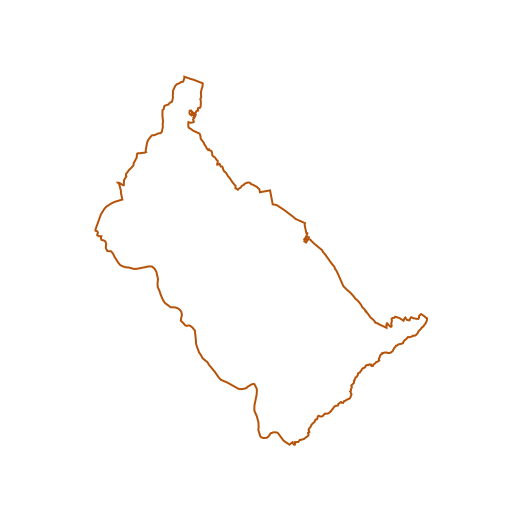 the district of Parscov, Buzau, Romania, rotated 74°
{"feature_id": "2599482B35327371423245", "entity_name": "Parscov", "entity_type": "district", "adm_level": 2, "iso_a3": "ROU", "parent_name": "Romania", "parent_adm1": "Buzau", "projection": "robinson", "projection_center": [26.534, 45.302], "detail": "fine", "context": "isolated", "style": "outline", "palette": "amber", "viewbox_px": 512, "rotation_deg": 74, "n_neighbors": 0, "source": "geoboundaries", "source_scale": "gbopen_adm2", "svg_char_len": 6126}
<svg xmlns="http://www.w3.org/2000/svg" viewBox="0 0 512 512"><g transform="rotate(74 256 256)"><path d="M446.6,275.8L445.1,272.4L447.5,271.7L448.1,270.8L447.1,270.0L445.6,270.0L446.4,266.7L446.0,265.9L444.9,264.7L445.2,263.2L445.0,261.8L445.2,260.6L443.7,256.7L443.0,255.3L442.3,254.7L440.6,254.9L440.2,254.6L440.1,253.3L438.9,253.2L438.1,253.5L436.9,253.0L435.2,250.6L433.4,249.0L432.2,246.8L431.6,245.3L430.8,245.0L429.6,243.7L429.8,242.6L429.6,242.1L427.4,240.9L426.8,239.8L427.9,238.6L428.4,237.1L428.0,235.4L427.0,234.3L426.5,232.9L427.0,232.2L427.2,230.1L426.6,228.0L425.9,227.4L425.9,226.8L424.2,224.7L423.8,223.8L422.8,223.0L422.0,221.1L422.3,218.4L420.8,217.5L420.3,215.6L419.8,214.9L419.9,214.4L420.5,214.2L421.2,212.7L419.7,211.2L419.8,209.8L419.4,209.2L418.9,206.6L418.8,205.0L415.7,202.5L414.9,202.3L413.9,202.7L413.0,202.4L412.1,202.8L411.5,201.8L410.2,201.5L409.4,200.6L408.1,199.9L407.2,200.2L406.7,200.0L404.9,196.8L403.9,196.4L402.9,196.3L402.2,195.2L400.2,193.8L399.9,192.7L398.8,191.1L397.4,190.5L396.7,189.8L396.6,188.2L395.5,187.2L395.2,186.4L394.0,185.4L393.4,184.3L393.5,183.5L393.2,183.1L393.1,181.7L391.9,181.0L391.3,179.6L391.8,178.5L391.4,176.6L392.1,176.1L392.2,175.2L393.4,175.3L393.7,175.1L393.9,174.0L392.7,172.8L391.7,170.5L391.1,169.7L391.1,168.5L390.4,166.3L388.5,166.2L387.8,165.2L386.7,164.7L385.3,163.6L384.9,161.9L384.3,161.8L384.4,161.3L384.1,160.7L384.4,160.3L384.2,159.1L384.6,158.2L384.7,157.1L385.6,156.0L385.5,155.7L385.9,154.9L385.9,154.3L386.1,153.5L385.9,152.7L385.0,150.8L382.5,148.5L382.0,147.3L380.8,146.3L380.9,144.8L380.4,144.1L380.2,142.9L380.5,140.6L380.3,138.7L379.4,138.2L378.1,136.7L377.1,134.1L375.9,132.5L375.8,132.1L376.4,131.0L376.3,127.7L375.8,127.0L376.4,125.2L376.1,124.2L374.7,121.8L373.0,120.4L371.9,118.2L370.1,115.7L369.9,114.5L368.6,113.2L367.8,111.9L365.5,109.8L363.1,108.7L362.2,109.6L359.6,111.3L357.3,113.4L358.2,115.3L358.6,115.8L359.8,116.1L361.2,117.2L360.6,119.1L359.3,121.7L357.6,123.7L359.1,125.6L360.1,126.1L360.1,126.6L359.0,128.5L356.3,129.5L356.9,130.4L358.9,132.0L355.2,135.2L352.7,138.9L353.3,139.6L353.5,140.2L353.2,141.6L353.5,142.2L353.5,142.7L353.8,143.0L356.0,143.3L357.5,144.3L358.6,144.7L360.4,144.8L361.2,145.3L361.3,145.8L360.7,146.5L358.6,147.8L356.8,148.5L357.2,149.0L358.1,149.6L361.0,150.3L355.1,157.1L354.5,157.2L353.4,159.2L352.8,159.8L352.1,159.7L350.4,160.5L348.8,161.3L347.2,162.6L339.9,165.3L339.9,165.7L338.9,166.0L338.7,165.8L336.6,166.6L334.8,167.9L332.0,168.4L328.7,169.7L326.4,170.8L324.8,172.1L321.8,173.2L317.6,175.2L313.2,178.1L308.9,180.4L297.3,181.9L291.6,182.9L290.7,183.5L288.2,183.6L283.5,185.6L273.3,189.2L270.9,190.4L268.7,190.8L260.4,196.5L256.3,198.9L255.3,199.2L254.2,201.1L256.8,204.2L255.2,205.5L253.9,204.5L253.2,205.0L252.1,203.3L252.5,203.1L254.0,203.1L255.0,202.4L253.7,200.8L252.6,200.0L251.8,201.2L251.3,202.6L249.4,200.9L248.2,200.4L247.7,201.3L239.5,200.7L237.9,199.9L231.2,207.8L229.2,209.0L219.2,216.5L212.6,222.2L211.0,225.7L196.8,224.4L195.8,234.6L192.7,234.4L189.5,236.4L186.5,239.5L185.7,240.8L184.4,241.4L183.5,242.3L183.1,243.8L183.4,247.0L184.2,247.9L184.6,250.0L186.0,252.0L186.6,254.3L187.3,255.1L185.1,257.1L183.1,256.3L179.0,258.2L173.5,259.9L171.9,260.8L167.7,261.9L165.8,263.3L163.7,263.7L161.6,263.6L160.6,264.0L160.3,265.1L160.0,265.3L157.4,265.6L157.6,266.9L157.6,267.7L157.5,268.1L156.7,267.9L155.2,266.9L153.8,266.6L152.4,267.6L150.2,268.1L148.2,269.8L147.2,270.2L144.0,269.7L142.4,270.2L141.6,271.5L140.6,271.8L141.0,272.3L141.0,272.7L139.2,273.7L137.7,273.8L134.4,274.9L132.6,275.0L128.7,276.6L127.5,276.8L125.5,276.3L122.8,276.5L118.1,282.0L116.5,283.1L114.5,285.0L113.8,285.4L110.9,284.9L108.7,284.0L109.8,282.5L110.1,280.8L110.0,278.9L109.7,278.7L107.6,278.9L106.9,278.2L106.0,278.2L105.8,277.9L106.1,277.2L105.6,276.7L104.0,277.0L101.7,278.6L102.9,279.3L101.9,280.2L100.5,280.7L98.1,279.7L98.1,278.5L104.1,275.3L103.8,275.0L101.6,275.0L101.2,274.1L100.3,273.3L100.2,271.5L98.8,271.5L98.1,271.2L97.8,270.2L98.1,269.5L98.0,268.8L96.8,267.9L91.9,266.3L89.8,266.3L88.5,265.0L83.5,263.9L80.0,261.9L79.1,261.1L75.5,259.6L75.0,260.0L69.3,267.5L68.0,269.7L63.9,275.5L65.4,275.9L68.3,278.0L68.1,280.0L68.8,281.9L69.0,284.6L70.1,286.6L73.3,289.4L75.0,290.6L76.4,290.7L77.9,291.5L81.1,292.3L84.3,294.1L84.7,294.7L84.9,296.6L86.2,298.3L86.4,302.4L86.6,302.8L89.3,304.2L90.1,305.7L95.1,307.2L101.5,308.4L103.5,309.4L106.3,310.0L110.7,312.3L111.6,313.9L111.2,316.3L111.9,320.3L111.4,322.2L111.4,322.9L112.7,324.9L114.6,327.5L117.1,329.5L123.8,332.8L125.2,333.2L125.8,333.0L126.0,334.7L125.6,336.4L125.3,339.0L124.7,341.2L124.8,341.9L126.0,342.7L128.6,343.5L129.8,345.0L130.4,345.3L132.9,347.9L135.0,348.8L135.9,349.9L138.2,354.1L141.4,358.4L142.4,358.8L143.6,358.6L146.6,361.9L151.5,363.6L151.2,364.4L147.8,367.5L147.5,368.5L149.1,367.7L149.7,367.7L156.4,367.9L157.7,368.4L164.9,368.9L165.0,376.9L165.6,380.5L167.3,386.2L168.9,388.8L173.1,393.5L185.6,402.5L186.6,403.2L187.5,403.3L188.4,401.9L189.6,401.5L190.4,401.7L191.6,402.7L192.3,402.9L193.8,401.4L194.4,399.2L196.4,400.2L197.6,400.2L198.2,399.7L199.1,398.0L200.5,396.8L202.9,396.6L206.2,398.0L207.5,398.1L210.3,397.5L211.5,394.1L213.0,393.3L214.7,392.7L217.5,392.3L224.9,390.1L227.4,388.9L229.2,386.9L230.9,384.5L231.9,381.6L234.8,376.9L235.5,373.8L236.5,361.6L237.5,358.8L240.3,357.0L244.0,356.1L251.3,356.6L255.7,358.4L259.1,359.0L262.8,358.4L266.6,358.3L272.6,357.6L276.0,356.5L281.8,352.1L283.0,348.1L284.5,345.8L286.9,343.9L289.2,343.2L292.2,343.4L295.9,345.5L297.5,346.1L300.4,344.4L302.7,343.4L304.0,342.2L304.3,339.5L304.8,338.6L307.3,336.8L310.8,335.3L320.4,337.0L323.6,337.8L326.3,337.8L333.0,337.3L336.4,336.1L339.4,335.6L344.8,331.9L347.9,331.1L356.0,327.5L361.9,325.5L365.2,324.0L369.8,318.4L378.8,309.5L380.2,306.1L380.3,301.8L379.2,299.4L378.3,296.0L378.2,293.8L378.7,292.9L383.5,291.9L385.1,292.1L389.5,293.6L399.2,298.7L403.7,300.1L405.3,300.1L410.3,299.4L416.5,299.5L421.5,300.7L423.6,301.7L430.3,301.6L431.5,301.1L432.6,299.8L433.2,298.5L433.7,295.6L432.7,293.4L430.5,290.9L430.3,287.9L431.2,284.9L432.3,283.7L440.6,280.6L442.3,279.5L446.6,275.8Z" fill="none" stroke="#b45309" stroke-width="2"/></g></svg>